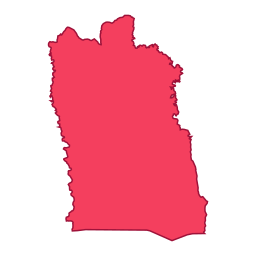 Worodougou, Worodougou, Ivory Coast
{"feature_id": "98640826B81277132888560", "entity_name": "Worodougou", "entity_type": "district", "adm_level": 2, "iso_a3": "CIV", "parent_name": "Ivory Coast", "parent_adm1": "Worodougou", "projection": "mercator", "projection_center": [-6.759, 8.427], "detail": "fine", "context": "isolated", "style": "filled", "palette": "rose", "viewbox_px": 256, "rotation_deg": 0, "n_neighbors": 0, "source": "geoboundaries", "source_scale": "gbopen_adm2", "svg_char_len": 5626}
<svg xmlns="http://www.w3.org/2000/svg" viewBox="0 0 256 256"><path d="M74.2,199.5L74.1,200.8L73.2,202.3L72.9,204.0L72.9,204.6L74.2,206.9L73.6,209.6L72.7,210.8L71.6,211.0L70.8,211.9L69.3,212.8L69.0,213.5L69.2,215.0L68.6,216.4L66.3,217.3L66.0,218.9L66.4,221.0L67.7,220.7L68.2,221.0L70.6,220.9L71.8,221.1L72.8,222.0L73.1,222.7L72.8,223.5L73.0,225.0L72.9,227.9L72.1,229.2L72.3,230.9L77.4,230.6L85.6,229.6L146.8,230.1L149.9,230.8L172.0,240.6L187.1,234.8L192.5,233.7L204.6,233.5L203.9,232.8L203.7,232.0L204.9,230.7L204.6,227.9L204.9,226.9L205.6,225.9L204.8,223.4L204.8,222.1L205.4,220.6L205.3,217.3L206.6,214.8L205.0,211.3L204.9,208.1L205.2,205.9L207.1,203.4L207.5,201.5L206.3,200.9L202.8,196.7L202.1,196.7L201.4,197.2L200.6,197.0L199.3,195.2L198.5,193.3L198.5,192.2L197.9,190.6L198.1,187.8L196.6,179.1L197.0,176.0L195.6,169.9L195.9,169.6L195.4,166.9L192.9,161.2L191.4,159.9L190.8,156.6L191.1,154.7L190.3,151.7L191.1,149.9L190.6,147.2L190.8,144.4L190.2,142.0L191.1,139.4L189.8,139.1L189.3,138.7L189.5,138.1L190.5,137.7L191.6,136.5L189.5,136.6L188.1,136.0L188.1,135.3L189.8,134.3L187.8,130.4L184.2,129.4L182.0,129.2L180.3,129.8L180.2,127.7L179.6,126.7L179.8,125.5L177.3,124.1L177.5,121.9L177.9,120.7L177.8,120.1L176.9,119.0L173.5,118.5L173.0,118.1L172.5,116.6L172.6,116.0L173.4,115.1L173.4,114.2L174.5,113.8L175.2,114.4L175.8,115.7L176.2,115.8L177.1,114.3L178.1,114.0L178.7,112.0L177.4,109.8L177.2,107.1L176.4,104.8L175.5,104.7L175.1,105.7L174.1,104.8L173.7,103.9L174.8,103.6L176.3,102.7L176.4,102.2L175.3,101.7L175.1,101.2L177.0,99.9L175.4,97.4L175.7,95.9L175.5,95.2L174.6,95.2L172.7,97.5L171.4,97.9L170.5,97.8L170.9,96.2L171.8,95.8L172.0,94.8L172.8,94.8L173.5,94.4L175.3,93.9L175.6,93.6L175.2,91.8L173.8,90.5L173.8,89.1L173.5,88.3L172.2,88.0L171.7,88.5L171.7,89.2L171.4,89.3L171.1,88.0L170.5,87.1L172.6,87.3L174.1,86.4L175.1,86.3L175.4,85.8L175.1,85.2L172.6,84.4L172.3,84.1L172.4,82.9L172.9,82.5L173.4,81.0L174.6,81.1L174.4,82.0L175.2,82.7L175.7,81.3L175.6,80.0L176.2,80.3L176.9,81.7L178.3,81.5L179.4,82.0L179.9,81.6L179.3,80.6L177.9,80.6L177.8,80.3L179.7,79.6L179.8,78.0L179.5,76.4L179.9,75.1L182.6,73.4L182.3,72.9L180.7,72.2L180.5,71.8L180.8,70.6L182.2,70.0L182.5,69.4L181.9,68.4L179.5,67.2L179.6,66.1L178.3,64.8L177.5,64.6L176.6,65.0L176.3,65.3L175.9,66.9L174.5,68.0L174.2,68.0L173.5,66.8L172.6,66.5L172.5,65.8L171.6,65.3L171.3,64.2L169.6,64.3L169.7,63.4L170.3,63.1L172.0,63.8L172.6,61.4L171.6,61.1L170.7,60.2L169.9,57.8L168.6,58.6L168.5,57.4L165.6,54.6L162.8,54.2L162.5,52.9L161.6,52.1L159.8,52.6L159.3,52.0L158.8,51.9L158.3,50.7L157.5,50.5L156.9,49.7L157.0,49.0L158.1,48.6L157.7,47.7L158.1,46.7L157.2,46.2L156.8,45.1L155.5,44.7L155.1,44.0L153.5,45.1L153.5,46.7L153.2,46.9L152.5,46.4L152.8,45.2L152.3,44.6L149.2,46.1L148.7,46.8L149.3,47.4L149.1,47.6L148.4,47.5L147.8,47.1L146.7,47.9L145.9,47.4L145.9,46.4L145.3,45.4L143.2,45.0L142.3,46.0L141.9,46.0L141.2,45.5L140.0,45.2L138.8,46.0L139.1,46.7L138.5,47.1L137.5,46.7L137.0,48.2L135.5,48.1L134.6,45.7L133.4,45.4L133.9,43.8L133.4,41.9L131.9,40.7L132.2,39.5L133.0,39.5L133.9,38.5L134.4,38.7L134.7,38.6L134.5,38.0L134.0,37.6L132.7,37.3L133.2,36.2L133.6,36.3L132.6,35.5L132.2,34.6L132.7,33.8L132.5,32.6L133.8,29.1L133.9,27.3L133.3,27.1L132.9,26.3L133.6,24.9L133.4,21.6L134.2,18.5L132.9,17.8L132.5,17.2L131.7,17.3L130.3,15.8L128.4,15.4L124.7,15.4L122.6,17.3L120.0,17.6L117.5,18.9L116.6,20.1L114.9,20.5L113.6,22.2L112.0,23.2L109.6,22.3L107.6,22.1L106.0,22.2L103.3,23.7L101.8,25.8L101.4,28.6L101.7,29.5L101.3,30.3L100.9,30.6L100.6,31.7L100.9,32.9L100.4,33.8L100.2,36.9L100.8,39.5L100.8,43.0L101.2,44.0L101.1,44.7L100.0,44.5L98.5,43.7L97.7,42.0L94.3,38.9L91.5,40.5L90.2,40.3L89.4,39.6L87.6,39.1L84.5,39.4L83.5,40.0L82.3,39.9L78.9,37.8L78.2,36.6L77.6,36.2L76.4,33.4L73.8,29.9L69.2,27.5L67.7,27.2L67.2,27.4L65.9,28.8L65.1,30.4L63.8,31.6L61.7,34.9L61.2,34.9L60.9,34.1L60.7,34.0L59.5,35.4L57.9,35.9L57.5,39.0L57.1,39.8L57.2,41.6L56.8,42.2L55.1,42.4L52.9,41.8L51.4,42.1L49.9,41.7L48.9,42.8L48.5,44.0L48.6,45.6L49.2,46.7L50.7,47.3L51.2,48.0L50.2,51.7L51.0,53.0L50.9,54.5L50.4,54.4L50.0,53.5L49.2,54.7L49.7,55.5L51.5,56.1L51.6,57.6L51.3,58.4L51.7,60.1L53.4,59.8L53.8,60.1L54.0,61.1L53.6,61.9L51.8,62.7L51.5,63.3L52.2,63.4L52.9,63.9L53.3,65.8L54.3,66.5L54.6,66.4L53.0,67.9L52.7,69.0L53.8,70.3L55.1,70.2L55.4,70.6L54.7,71.8L53.9,72.0L53.5,72.4L53.5,72.8L52.8,73.1L52.8,75.0L54.3,77.3L53.3,77.8L53.2,78.3L52.4,78.2L52.3,78.5L52.4,80.4L52.6,81.1L53.1,81.4L53.1,82.5L51.9,85.4L50.9,85.6L50.8,85.9L51.6,88.7L50.5,91.1L51.4,91.6L51.8,92.6L50.8,94.1L50.9,95.0L49.9,96.1L50.3,96.9L50.6,96.1L51.9,95.9L52.1,96.1L52.0,97.0L52.6,97.6L52.8,100.4L52.2,100.8L50.6,100.8L52.3,102.1L51.9,101.5L52.8,101.0L53.4,101.1L53.4,102.6L52.6,103.8L52.0,104.3L52.6,105.3L52.5,105.8L53.1,106.5L54.5,107.2L56.3,109.3L55.3,110.4L56.6,111.3L56.7,112.0L55.4,113.0L55.9,113.7L57.5,115.3L59.4,116.4L59.2,117.4L59.7,120.6L58.1,121.4L57.7,122.0L58.3,123.6L59.8,124.1L59.6,125.1L59.9,126.7L58.7,127.0L60.5,127.5L61.0,128.1L61.2,129.7L61.9,131.2L61.1,133.2L61.4,135.2L62.0,135.8L64.3,136.9L64.4,137.5L64.1,137.8L62.5,138.3L62.2,139.6L62.5,140.9L64.5,141.0L65.1,141.8L67.1,142.6L68.5,144.4L69.5,145.1L69.4,146.5L68.9,147.1L66.3,147.8L64.5,147.6L63.7,148.2L63.5,149.0L66.3,150.8L66.6,152.6L67.8,156.5L67.6,157.2L67.2,157.5L63.9,158.8L63.8,159.6L65.3,161.2L66.6,161.9L66.8,163.0L67.8,163.8L69.2,166.1L69.5,167.8L71.0,168.3L71.4,169.2L71.0,170.0L70.3,170.5L68.6,170.8L68.3,171.3L68.4,173.0L68.1,173.9L68.4,174.7L70.1,176.1L72.4,180.0L71.6,182.1L69.2,183.4L68.3,184.5L69.5,186.5L69.6,189.4L69.9,190.2L71.5,190.3L72.3,191.7L72.2,192.3L70.9,193.9L71.2,195.2L73.8,197.3L74.2,199.5Z" fill="#f43f5e" stroke="#9f1239" stroke-width="1.5"/></svg>